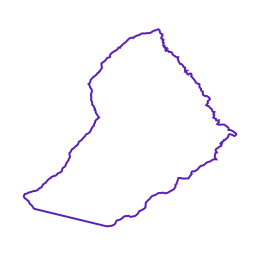 the district of Tacuru, Mato Grosso do Sul, Brazil, rotated 267°
{"feature_id": "56859067B8752600934305", "entity_name": "Tacuru", "entity_type": "district", "adm_level": 2, "iso_a3": "BRA", "parent_name": "Brazil", "parent_adm1": "Mato Grosso do Sul", "projection": "equal_earth", "projection_center": [-54.957, -23.634], "detail": "fine", "context": "isolated", "style": "outline", "palette": "violet", "viewbox_px": 256, "rotation_deg": 267, "n_neighbors": 0, "source": "geoboundaries", "source_scale": "gbopen_adm2", "svg_char_len": 5129}
<svg xmlns="http://www.w3.org/2000/svg" viewBox="0 0 256 256"><g transform="rotate(267 128 128)"><path d="M67.5,21.5L66.3,20.8L65.5,20.3L64.2,20.7L63.2,21.3L62.6,22.1L61.8,23.0L60.9,24.0L60.2,24.9L59.0,25.3L57.9,25.7L56.8,26.7L55.9,27.6L54.2,28.8L53.2,29.3L52.3,30.0L51.6,32.2L31.0,101.3L31.0,102.8L31.1,104.9L31.3,106.8L31.7,108.0L32.2,109.2L33.3,110.2L34.2,110.8L35.3,111.2L36.2,111.9L36.6,113.4L37.0,115.5L37.8,116.8L38.7,118.1L39.6,119.1L40.2,120.8L40.1,122.2L40.2,124.1L39.1,126.0L39.4,128.3L39.7,130.2L40.5,131.6L41.4,132.7L42.1,133.6L43.1,134.2L44.5,134.9L45.0,136.8L45.7,138.1L46.3,139.4L47.2,140.7L48.0,141.4L49.2,141.3L50.2,141.6L51.2,141.8L52.2,141.7L53.4,142.8L54.7,144.1L55.6,145.4L56.5,146.3L57.4,147.1L58.4,147.9L59.0,149.1L59.4,150.6L59.8,151.9L60.5,153.2L61.3,154.7L61.5,156.3L61.4,157.5L61.5,158.9L61.5,160.2L60.8,161.6L61.1,163.2L61.3,164.4L61.9,165.5L62.8,167.0L63.5,168.9L64.4,170.5L65.8,171.6L66.9,172.4L68.5,172.3L69.7,173.5L71.0,174.0L72.4,174.6L73.9,175.1L75.4,175.7L75.3,177.8L74.7,179.8L74.5,181.6L74.6,183.6L74.4,185.8L75.9,186.7L76.7,187.3L77.7,188.3L78.6,189.2L79.5,188.7L80.5,189.1L81.3,189.9L81.3,191.6L81.6,192.9L82.4,194.4L83.2,195.6L84.2,196.2L84.9,197.2L85.9,198.0L86.6,199.6L86.7,200.9L87.3,202.2L88.1,203.3L89.1,204.3L89.8,205.9L90.3,208.3L91.5,210.1L91.9,211.1L92.3,212.7L92.1,214.5L93.0,214.0L93.9,213.2L94.8,213.1L96.1,213.4L97.3,213.6L98.6,214.3L98.9,215.5L100.4,214.5L101.7,214.3L102.8,215.5L103.3,216.7L104.5,218.2L105.2,220.1L106.1,220.3L107.3,220.9L107.6,219.6L108.6,220.3L109.4,221.4L109.7,222.6L111.0,223.2L111.2,224.5L111.9,225.3L112.6,226.1L113.4,227.1L114.6,227.8L115.7,227.9L116.6,229.4L116.0,230.7L115.5,232.2L114.5,233.5L114.8,234.9L115.8,235.7L116.8,235.6L117.6,234.6L118.8,233.2L119.5,232.2L120.6,230.3L120.7,228.3L122.0,228.5L123.3,228.1L124.1,227.1L125.1,225.8L126.3,224.4L126.5,222.2L126.5,220.9L126.5,219.2L127.2,217.3L128.1,218.1L128.9,219.0L130.1,219.0L131.0,219.0L130.7,217.7L131.1,216.4L132.6,216.2L133.3,214.7L134.0,213.7L135.5,214.6L136.5,214.9L137.2,214.0L138.2,214.3L139.3,215.2L140.0,213.4L141.2,212.8L142.7,212.5L143.8,210.9L145.4,210.0L146.0,208.5L146.7,207.3L147.7,208.1L148.7,209.1L149.9,208.9L150.9,209.2L151.6,210.7L153.1,211.3L154.5,210.2L155.7,208.5L156.1,206.2L157.0,204.9L158.4,204.5L160.3,204.7L160.9,203.7L161.9,202.9L163.4,203.0L164.4,202.0L165.5,201.4L167.1,201.7L168.1,201.6L168.5,200.4L169.1,198.9L170.2,197.9L171.5,197.5L172.4,196.9L174.0,195.7L175.3,194.7L176.3,193.8L177.6,194.3L178.9,194.0L179.1,192.1L178.2,191.3L178.8,190.0L179.7,189.6L180.6,189.3L181.1,188.1L182.2,189.7L182.4,188.0L184.0,187.9L185.4,188.2L185.8,186.9L187.0,186.3L188.1,185.7L189.0,184.8L189.2,183.5L190.2,183.0L191.2,182.1L192.2,182.2L193.7,181.3L194.8,181.6L196.1,181.8L196.0,180.4L196.7,179.4L197.8,177.9L199.0,176.4L200.2,176.2L201.2,175.6L201.7,174.3L201.8,173.0L202.9,172.3L203.1,170.9L204.5,170.7L206.0,170.8L206.2,169.0L207.4,168.1L208.0,168.8L208.9,167.5L210.1,167.6L211.0,168.2L211.9,167.2L213.0,167.8L214.1,168.0L214.3,166.9L215.4,167.0L215.8,165.9L216.8,166.1L217.6,166.5L218.3,167.3L219.8,167.2L220.5,165.8L221.6,164.9L223.8,164.7L225.0,163.6L224.7,162.1L224.1,160.7L223.8,159.0L223.3,157.8L222.5,156.6L221.7,154.9L221.7,153.1L221.7,151.4L221.5,149.5L221.7,147.9L221.6,146.5L220.6,144.4L220.0,143.4L219.8,141.4L219.0,140.0L218.4,138.5L217.5,137.9L218.1,136.2L217.4,134.1L216.5,132.9L215.4,131.9L214.6,131.0L213.4,129.6L212.3,127.8L211.5,126.8L210.1,125.5L209.5,124.4L208.6,124.3L208.7,122.5L207.6,121.9L206.9,121.3L206.1,120.2L205.6,118.8L204.8,117.4L204.1,116.2L202.8,114.5L201.3,113.8L200.0,113.9L199.4,112.6L199.1,110.8L198.3,110.4L197.2,109.4L195.9,108.1L195.4,107.1L194.7,106.2L194.1,104.9L193.1,104.8L192.2,104.7L190.7,105.2L189.4,105.1L188.0,104.0L186.5,103.1L185.8,102.0L184.9,101.8L184.3,100.4L183.5,99.6L182.6,98.9L181.4,97.1L180.7,96.0L179.9,95.2L178.7,93.9L177.9,93.2L176.4,92.8L174.8,92.1L174.0,90.9L173.1,91.6L172.0,92.0L170.8,92.2L169.9,92.7L168.7,93.5L167.4,94.0L166.4,93.8L165.0,93.3L163.6,93.0L162.5,92.7L161.1,92.9L159.8,93.0L158.6,92.5L157.7,92.7L156.5,93.3L154.9,93.4L153.0,93.5L152.0,94.7L151.0,95.0L149.8,95.6L148.9,96.1L147.9,95.5L146.7,96.6L145.5,96.5L144.2,97.0L142.6,98.0L141.2,98.7L140.1,99.7L138.8,98.2L137.9,96.8L136.8,95.7L134.8,95.3L133.9,94.5L132.9,94.2L132.0,94.0L131.3,92.8L130.4,92.4L129.3,91.5L128.1,90.9L126.3,90.0L125.2,89.0L124.6,87.7L124.1,86.6L123.4,85.3L122.0,84.7L120.8,83.2L119.9,82.3L119.0,81.5L117.8,80.1L117.2,78.8L116.5,78.0L115.0,77.5L113.7,76.6L112.5,74.7L111.5,73.7L110.6,72.8L109.8,71.1L108.7,70.3L107.6,69.8L106.7,69.0L105.9,68.2L104.4,68.1L102.9,68.6L101.9,68.5L101.0,67.8L100.0,67.1L98.9,66.9L98.2,66.2L97.2,65.6L96.3,64.7L95.2,64.2L94.1,63.7L93.2,63.4L92.5,62.6L91.8,61.1L90.3,60.1L88.7,59.8L87.6,58.7L86.8,56.9L86.2,55.3L85.2,54.5L84.3,53.5L84.0,51.8L83.5,50.0L83.0,48.8L81.9,48.0L81.4,46.5L80.3,45.3L79.3,44.4L78.6,43.7L77.7,43.0L76.7,41.2L76.0,40.2L74.4,39.1L73.2,38.5L72.8,37.1L72.0,35.7L70.9,34.7L70.3,33.5L70.0,32.0L70.0,30.5L69.6,29.1L69.2,27.5L68.8,26.0L68.4,24.5L67.7,23.4L67.5,21.5ZM204.5,170.7L203.6,169.6L204.6,169.5L204.5,170.7Z" fill="none" stroke="#5b21b6" stroke-width="2"/></g></svg>